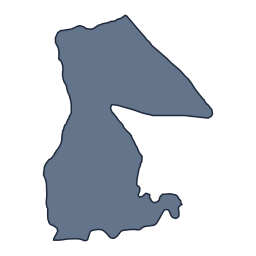 the district of San Cristóbal Acasaguastlán, El Progreso, Guatemala
{"feature_id": "79465075B13418311867324", "entity_name": "San Cristóbal Acasaguastlán", "entity_type": "district", "adm_level": 2, "iso_a3": "GTM", "parent_name": "Guatemala", "parent_adm1": "El Progreso", "projection": "mercator", "projection_center": [-89.866, 15.005], "detail": "fine", "context": "isolated", "style": "filled", "palette": "slate", "viewbox_px": 256, "rotation_deg": 0, "n_neighbors": 0, "source": "geoboundaries", "source_scale": "gbopen_adm2", "svg_char_len": 3347}
<svg xmlns="http://www.w3.org/2000/svg" viewBox="0 0 256 256"><path d="M181.9,204.5L180.7,202.5L180.7,200.8L178.9,198.8L177.9,196.8L176.5,195.3L173.6,194.4L169.6,193.8L162.2,194.4L159.9,197.1L159.0,200.3L157.2,201.7L154.6,202.7L152.5,202.0L150.9,200.2L150.9,199.2L149.5,198.1L149.8,194.7L147.0,193.5L145.6,193.4L143.7,195.2L142.8,196.2L140.7,197.0L139.4,196.9L138.5,195.8L138.3,194.5L139.6,191.3L139.9,188.3L139.1,186.8L137.0,185.2L136.7,184.2L137.1,178.8L139.0,168.8L140.5,165.1L140.6,163.1L141.7,162.0L142.1,156.3L139.1,152.5L137.0,147.1L136.1,146.1L133.8,141.1L131.9,137.8L131.3,135.6L129.4,133.3L126.5,130.6L125.6,129.6L124.3,128.3L122.6,124.6L118.7,120.5L115.8,116.3L113.8,114.2L113.6,113.3L112.4,112.8L110.5,108.4L111.4,105.2L112.5,104.6L117.2,105.2L133.0,109.7L142.5,113.0L153.0,115.5L184.6,115.5L207.0,118.0L208.3,118.0L210.4,116.8L211.6,115.8L212.5,113.7L211.8,109.7L207.6,104.4L206.9,104.3L204.1,100.4L204.1,99.7L202.9,98.9L196.8,91.3L194.8,88.5L191.6,83.5L188.7,79.5L187.5,78.3L185.0,76.0L180.4,70.7L170.9,62.6L167.4,59.0L155.0,48.2L152.2,45.9L149.6,42.2L146.9,39.9L144.5,36.7L139.3,30.8L126.4,15.7L124.8,15.4L124.1,16.1L121.1,18.3L117.3,19.3L115.0,21.1L110.6,21.5L108.2,22.7L102.3,23.8L99.9,25.0L98.6,25.1L93.3,28.7L90.6,29.2L86.0,28.6L84.2,27.1L80.8,25.9L78.7,25.8L71.2,29.1L60.2,30.8L57.6,32.9L55.4,37.9L55.5,42.3L56.4,44.4L58.3,47.8L59.0,52.8L58.8,59.2L61.2,61.3L62.7,65.7L63.1,70.4L62.6,71.2L62.5,75.0L63.2,79.2L64.2,82.0L66.2,85.4L67.4,91.0L69.3,95.6L70.8,101.0L71.2,104.0L71.3,112.2L70.8,114.1L69.4,116.2L68.6,119.1L67.9,119.5L66.2,123.8L64.8,125.3L64.1,127.1L63.5,129.7L62.7,130.8L62.5,133.2L62.1,134.5L61.6,141.2L60.7,144.1L58.4,148.3L56.0,151.1L55.7,152.4L54.8,153.0L54.0,155.0L51.3,158.5L49.0,159.6L46.3,163.0L44.4,166.7L43.5,174.8L45.3,178.9L46.4,183.1L46.8,194.9L46.2,203.1L46.9,207.0L47.7,208.3L47.7,216.7L48.1,220.1L48.9,221.2L48.8,222.2L50.1,224.2L53.8,225.9L57.0,228.1L57.7,231.4L55.2,236.1L53.8,238.5L53.6,240.1L56.8,240.2L57.7,240.2L58.9,240.1L60.4,240.0L62.0,239.8L64.1,239.5L66.2,239.2L67.2,239.0L69.2,238.9L70.7,238.9L72.3,238.8L74.0,238.8L75.6,238.8L77.1,238.8L78.1,238.9L78.8,238.9L79.8,239.0L81.5,239.5L82.7,240.0L83.5,240.4L84.5,240.6L85.7,240.6L86.6,240.4L87.2,239.9L87.7,239.2L88.3,237.4L89.9,232.4L90.1,231.8L91.2,230.9L92.4,230.4L94.0,230.0L95.3,229.8L97.3,229.5L98.4,229.4L100.0,229.5L101.6,229.8L102.6,230.2L103.5,230.7L104.4,231.4L105.6,232.5L106.5,233.3L107.4,234.3L109.2,236.5L110.0,237.3L111.2,237.9L112.3,238.2L113.1,238.3L114.0,238.2L115.1,237.6L115.9,237.1L116.8,236.4L117.3,235.9L118.1,235.0L119.2,233.6L120.1,232.3L120.9,231.5L121.7,230.8L123.1,230.4L125.5,230.1L126.5,230.0L128.7,229.7L130.0,229.5L131.0,229.5L134.1,229.5L135.2,229.5L136.6,229.7L138.8,229.8L139.7,229.6L140.5,229.1L143.0,227.3L143.8,226.9L144.6,226.6L145.2,226.4L146.6,226.2L148.3,226.0L150.4,225.7L151.2,225.6L152.2,225.4L153.2,225.4L154.1,225.2L155.1,224.5L155.7,224.1L156.7,223.1L159.7,218.0L163.8,210.7L164.7,209.9L166.1,209.6L166.7,209.6L168.1,209.8L168.8,210.4L169.3,211.5L171.0,215.4L171.6,216.4L172.0,216.9L172.7,217.5L173.7,217.9L174.4,218.1L175.0,218.2L175.9,218.4L176.9,217.9L177.6,217.4L178.3,216.9L178.7,216.3L178.9,215.6L178.9,214.8L179.0,213.5L178.7,211.1L178.5,209.4L178.4,208.7L178.4,207.9L178.6,207.3L179.0,206.7L179.4,206.2L181.2,204.9L181.9,204.5Z" fill="#64748b" stroke="#1e293b" stroke-width="1.5"/></svg>